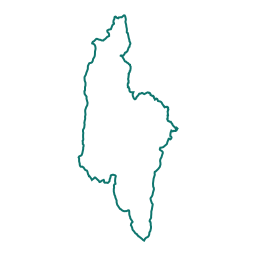 Peque, Antioquia, Colombia (Equal Earth projection)
{"feature_id": "7082276B42388352682684", "entity_name": "Peque", "entity_type": "district", "adm_level": 2, "iso_a3": "COL", "parent_name": "Colombia", "parent_adm1": "Antioquia", "projection": "equal_earth", "projection_center": [-75.872, 7.047], "detail": "fine", "context": "isolated", "style": "outline", "palette": "teal", "viewbox_px": 256, "rotation_deg": 0, "n_neighbors": 0, "source": "geoboundaries", "source_scale": "gbopen_adm2", "svg_char_len": 5767}
<svg xmlns="http://www.w3.org/2000/svg" viewBox="0 0 256 256"><path d="M86.9,170.6L87.4,171.6L88.1,174.3L88.8,175.5L88.9,176.1L89.3,176.0L89.8,176.6L91.1,178.4L91.9,179.9L92.4,179.4L93.7,178.6L94.6,177.5L95.3,177.5L98.0,180.1L98.5,180.4L99.5,182.0L100.5,181.8L101.4,180.9L103.7,179.9L103.9,180.2L104.0,180.7L104.2,182.2L104.7,182.7L106.8,182.7L107.5,182.9L108.0,182.8L109.5,181.2L109.7,179.2L110.1,178.5L110.7,176.4L110.7,175.7L111.1,175.2L113.0,174.7L115.1,175.3L115.6,175.7L115.8,176.2L115.3,178.0L115.1,180.2L115.1,181.7L115.5,183.8L114.3,184.5L113.9,185.5L114.1,187.9L113.8,188.7L113.8,191.7L114.1,192.8L114.4,194.6L115.2,196.3L115.4,197.6L116.6,200.5L116.6,202.3L117.2,204.7L120.0,208.9L120.7,209.1L121.9,210.2L122.9,210.8L123.9,211.1L124.1,211.2L126.5,211.1L127.7,210.6L127.9,210.4L128.6,210.3L129.0,210.5L129.2,211.2L129.3,214.4L129.6,215.7L130.2,217.2L130.3,218.3L131.9,220.7L132.6,221.9L131.5,223.1L131.1,224.0L130.9,225.3L131.4,225.9L132.2,227.8L132.4,229.1L132.7,229.9L134.0,231.3L135.3,233.2L136.4,233.9L136.7,234.4L137.2,234.4L137.6,235.3L138.0,235.8L138.3,235.9L138.5,236.4L139.4,236.7L140.2,237.5L141.0,238.0L141.3,238.4L141.8,238.7L143.1,240.0L144.1,240.6L145.1,238.7L146.2,237.7L147.9,236.9L148.7,235.9L149.2,234.6L149.4,232.4L150.3,231.0L151.0,228.0L151.0,226.3L150.7,225.3L150.7,223.5L150.6,222.7L150.3,221.8L149.8,221.6L149.6,221.0L149.8,220.2L151.1,217.8L151.1,216.2L151.3,213.9L151.3,211.5L151.8,209.7L152.7,204.6L152.6,204.0L151.9,203.2L150.9,200.4L150.5,198.7L150.7,197.9L151.8,196.5L152.5,195.0L153.0,192.4L153.9,189.5L153.8,187.9L153.2,186.7L153.0,183.5L153.6,178.6L154.8,174.8L154.6,173.3L154.7,172.2L154.8,171.8L155.6,171.5L158.2,169.0L159.8,166.9L160.5,164.4L160.4,162.6L160.1,161.1L160.2,160.1L160.5,158.9L161.5,157.2L162.0,155.3L162.8,153.1L162.7,152.0L161.8,151.0L160.1,150.0L159.8,149.4L159.8,149.1L160.3,147.7L161.1,147.7L163.3,147.1L166.7,144.2L167.0,143.7L167.3,142.3L168.7,138.7L169.2,138.6L169.9,139.3L170.3,139.4L170.6,139.2L171.2,138.5L171.5,137.7L171.5,137.3L171.1,136.6L170.3,136.0L170.3,135.7L170.4,134.0L170.7,132.3L171.4,130.5L171.6,130.6L172.0,131.3L172.9,131.3L173.5,130.9L175.6,131.0L176.5,130.4L177.4,128.7L177.1,128.6L177.1,128.2L176.9,128.0L176.8,128.4L176.4,128.6L176.3,129.1L175.8,129.1L175.1,127.4L174.1,126.7L173.1,125.6L172.3,124.4L172.2,123.7L171.5,123.1L170.8,121.8L169.8,121.8L169.2,121.3L168.8,121.3L168.5,121.0L168.2,121.0L167.8,120.7L167.7,120.0L167.2,119.1L167.6,118.9L167.7,118.3L167.6,116.9L167.9,115.9L167.7,115.6L167.5,115.3L167.7,114.9L168.0,114.9L167.6,111.4L168.0,110.9L167.9,110.1L168.3,109.8L168.4,109.5L168.0,108.6L168.2,108.0L168.1,107.5L167.4,107.0L166.9,107.1L166.8,106.9L166.5,107.0L166.3,106.9L166.2,107.0L165.9,106.9L165.3,107.0L164.9,106.9L164.7,107.2L164.4,106.9L164.0,106.7L163.8,106.4L163.8,105.8L163.3,105.4L162.2,103.8L161.9,103.0L161.3,102.2L160.5,101.6L158.0,101.0L157.6,100.0L157.5,99.4L157.2,99.1L157.1,98.9L156.3,98.6L155.5,99.4L154.9,99.6L154.7,98.5L154.2,98.3L153.9,97.6L153.8,96.6L153.4,96.5L153.1,95.9L152.6,96.0L152.2,95.7L151.7,95.7L151.3,95.2L150.6,95.1L150.4,94.8L150.3,93.6L150.0,93.2L149.6,92.9L149.0,93.0L148.8,92.6L147.5,92.4L144.3,94.1L143.2,93.6L142.8,93.2L142.0,92.9L141.7,93.0L140.5,93.7L139.5,93.6L139.1,93.8L138.6,94.9L138.2,95.2L137.6,96.1L136.8,96.7L136.4,97.8L135.9,98.2L135.6,99.0L134.9,99.3L134.5,99.1L133.8,98.3L132.9,96.1L132.7,95.1L132.7,94.3L133.4,92.2L131.4,92.3L130.3,91.9L129.9,91.6L129.6,91.1L129.3,89.8L129.5,89.1L128.8,88.0L128.8,87.2L128.5,87.0L127.9,87.1L127.9,86.0L127.7,85.5L127.8,83.8L128.0,83.1L128.6,82.8L128.6,82.6L128.5,81.6L128.6,81.1L128.4,80.7L128.5,80.3L128.1,79.1L128.2,78.4L128.5,77.8L128.4,77.0L128.7,76.0L128.6,75.3L128.9,74.6L128.9,74.3L128.6,74.1L128.6,73.6L129.0,73.3L129.1,72.8L129.6,72.3L129.7,71.1L130.2,70.8L130.6,68.5L130.6,66.5L130.0,65.6L130.0,64.7L128.9,64.2L128.2,63.2L127.2,62.8L126.1,61.7L125.6,61.7L124.9,61.3L123.4,58.4L122.7,57.5L122.5,56.8L121.6,56.0L120.7,55.8L120.7,55.6L121.1,55.4L122.7,55.7L123.4,55.5L124.5,54.0L124.9,52.9L125.5,52.4L125.9,52.5L126.3,52.3L127.5,50.9L128.7,47.4L129.5,46.8L129.7,45.2L130.4,43.7L130.1,42.3L129.5,41.5L129.3,39.8L128.7,37.9L127.9,33.6L127.7,33.0L127.1,32.8L126.8,32.4L126.8,31.1L126.9,30.4L126.8,28.6L126.4,27.0L126.1,24.5L125.7,23.2L125.4,21.8L125.8,19.9L125.8,19.0L125.2,16.4L124.6,15.4L123.8,15.4L121.7,17.3L120.9,17.2L119.9,17.3L119.1,17.6L118.7,17.5L118.1,18.3L116.6,17.7L115.9,16.8L115.4,16.6L114.7,16.9L114.5,17.4L114.3,19.1L113.6,20.3L113.4,21.7L113.4,22.4L114.0,23.1L114.0,23.8L113.4,24.0L113.1,24.6L112.4,25.2L110.9,29.2L108.6,29.7L107.3,30.5L107.3,31.3L107.4,31.8L108.0,32.6L108.7,33.2L108.9,33.6L109.1,34.4L109.1,36.0L108.5,36.4L107.4,36.7L105.9,38.3L104.7,39.4L104.1,39.6L103.6,40.3L103.4,40.5L101.5,40.4L100.5,39.8L99.2,39.7L97.2,38.9L96.3,38.9L94.0,41.2L92.8,41.8L92.1,43.2L92.2,43.5L93.5,43.8L94.5,44.7L95.0,45.5L95.4,46.8L95.6,48.8L95.0,51.5L94.9,54.9L94.6,56.4L94.0,57.6L93.2,58.8L92.7,61.0L92.0,62.3L90.9,62.9L90.0,63.0L89.2,63.3L87.9,66.0L87.8,69.0L86.9,71.5L86.5,72.3L85.8,74.8L84.6,76.9L84.5,77.8L84.7,80.6L85.5,82.8L85.5,85.3L85.4,85.9L85.0,87.0L85.0,90.0L84.9,90.6L84.5,90.9L84.4,91.5L84.6,93.9L85.0,94.3L85.6,95.5L86.1,95.9L86.6,96.8L86.5,97.6L86.5,98.7L87.6,102.9L87.5,103.6L87.2,105.4L86.3,106.9L85.2,110.1L85.2,111.6L85.5,114.6L85.0,117.0L85.2,117.9L85.1,119.3L84.6,121.1L84.5,122.2L84.3,122.8L84.6,124.4L84.2,127.7L83.0,130.0L83.0,131.6L83.3,132.9L83.1,134.7L83.1,137.5L83.3,139.1L83.1,140.2L82.6,140.8L82.6,141.1L82.8,142.0L82.8,144.0L83.6,145.0L83.6,146.1L83.2,147.5L83.2,149.0L82.3,153.3L81.6,155.1L81.3,155.4L79.2,156.4L78.6,157.4L79.1,158.4L79.1,161.2L79.8,164.0L79.7,164.8L80.3,166.3L81.0,166.8L82.2,166.6L82.6,166.8L83.1,167.3L83.5,167.4L83.7,167.7L85.0,169.7L85.8,170.2L86.9,170.6Z" fill="none" stroke="#0f766e" stroke-width="2"/></svg>